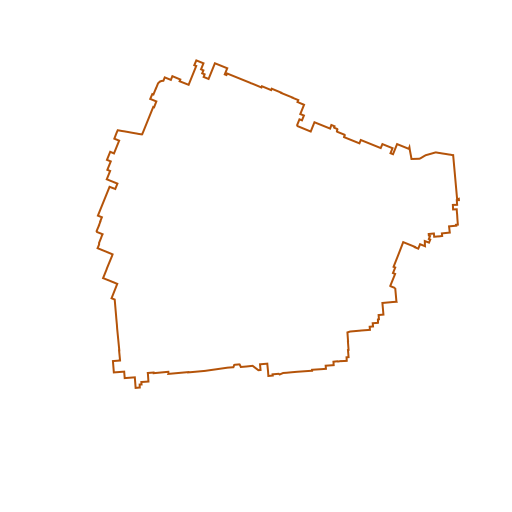 outline of Cunderdin, Western Australia, Australia, rotated 292°
{"feature_id": "25037944B27165515239628", "entity_name": "Cunderdin", "entity_type": "district", "adm_level": 2, "iso_a3": "AUS", "parent_name": "Australia", "parent_adm1": "Western Australia", "projection": "albers", "projection_center": [117.202, -31.613], "detail": "fine", "context": "isolated", "style": "outline", "palette": "amber", "viewbox_px": 512, "rotation_deg": 292, "n_neighbors": 0, "source": "geoboundaries", "source_scale": "gbopen_adm2", "svg_char_len": 5366}
<svg xmlns="http://www.w3.org/2000/svg" viewBox="0 0 512 512"><g transform="rotate(292 256 256)"><path d="M349.6,104.9L345.3,104.9L343.1,104.9L341.8,104.9L339.4,104.9L337.1,104.9L335.3,104.9L333.4,104.9L331.2,104.9L330.2,104.9L328.4,104.9L327.6,104.9L327.4,104.8L326.2,104.9L326.1,104.7L325.9,104.3L325.8,104.1L325.8,103.8L325.7,103.5L325.6,103.0L325.4,102.2L325.1,100.9L324.9,99.7L324.6,98.4L324.3,97.0L323.7,94.2L323.0,90.7L322.6,88.9L322.3,87.4L321.7,85.0L321.2,82.5L320.8,80.7L320.7,80.7L318.7,80.6L316.8,80.6L311.7,80.7L311.7,80.8L311.7,85.9L309.0,85.9L308.9,85.9L306.9,85.9L306.5,85.9L302.0,85.9L297.9,85.9L298.0,81.8L289.3,81.8L289.3,85.9L280.2,85.9L280.2,88.9L271.2,88.9L271.2,100.4L265.4,100.4L265.3,94.3L234.2,94.3L234.2,98.6L229.8,98.6L229.8,98.8L225.3,98.9L225.3,99.0L221.9,98.9L221.7,98.9L219.6,98.9L219.3,98.9L219.2,99.0L218.9,99.3L218.8,99.5L218.7,99.6L218.7,99.8L218.7,100.9L218.7,102.5L218.7,104.7L218.7,105.6L217.0,105.5L214.6,105.6L212.7,105.6L209.3,105.6L209.2,105.6L208.9,105.8L208.5,106.0L208.2,106.1L207.9,106.2L207.7,106.2L207.3,106.2L205.2,106.2L203.9,106.2L203.8,122.4L201.8,122.5L188.3,122.4L187.9,122.5L178.2,122.5L178.2,137.8L162.7,137.9L162.7,141.3L154.0,145.7L148.9,148.3L145.9,149.8L140.1,152.8L136.6,154.5L117.3,164.6L117.2,164.4L108.6,168.9L108.4,169.0L108.3,168.9L108.2,168.9L108.1,168.7L108.0,168.8L105.0,162.7L94.8,167.8L99.4,177.1L93.6,180.0L98.1,189.1L88.6,193.8L90.5,197.5L93.2,196.3L94.0,198.0L96.2,196.9L99.3,203.3L105.9,200.1L107.0,199.5L109.6,204.7L109.0,205.0L115.8,218.1L114.0,219.0L113.9,219.0L123.0,236.7L122.7,236.8L130.4,251.8L133.2,256.6L135.1,259.9L141.9,271.6L144.4,276.7L145.4,276.7L146.8,276.6L147.1,276.9L149.3,281.2L149.3,281.5L149.1,281.7L148.5,282.3L148.4,282.5L147.4,283.5L150.0,288.6L152.9,294.0L151.0,301.0L152.0,302.9L157.1,300.3L160.4,306.8L159.4,307.3L153.7,310.3L149.4,312.4L151.4,316.3L152.5,315.7L155.3,321.2L155.0,322.3L157.7,325.0L159.2,328.1L161.4,332.3L163.8,337.0L164.2,337.8L168.5,346.6L170.3,350.3L170.6,351.0L171.5,350.6L173.2,354.1L175.8,359.5L177.6,363.1L180.4,361.7L183.9,368.9L187.0,367.4L188.9,370.9L188.8,371.4L190.5,374.3L190.5,374.6L190.9,375.4L191.7,377.1L192.4,378.7L192.5,378.9L192.8,379.4L196.0,377.9L196.9,379.7L203.3,376.5L203.6,377.0L211.3,373.2L211.4,373.3L219.4,369.4L221.2,371.5L226.0,380.9L226.1,381.0L230.2,389.3L233.0,387.9L234.5,390.9L237.4,389.4L239.7,394.1L240.2,394.0L242.6,392.9L242.9,392.8L243.0,392.9L243.4,393.7L247.2,391.8L249.4,396.1L259.8,390.8L263.4,397.8L264.2,399.3L266.2,403.4L266.3,403.3L278.4,397.1L278.5,397.1L278.4,397.1L278.4,396.9L278.4,393.6L278.4,391.8L278.5,391.7L291.5,391.7L291.5,389.4L297.5,389.4L297.5,387.6L310.9,387.5L324.0,387.3L324.0,400.0L323.6,400.0L323.6,403.7L328.4,403.7L328.4,409.0L328.8,408.8L333.1,406.9L333.2,411.4L336.5,411.4L336.5,409.9L339.7,409.9L339.7,408.6L341.1,407.9L343.5,412.5L340.6,414.0L341.4,415.6L342.5,417.7L342.6,417.9L342.6,418.1L344.3,421.1L346.6,419.9L350.3,426.9L355.8,423.9L359.1,430.3L359.9,429.8L360.7,431.4L365.9,428.8L369.5,427.1L372.0,425.8L374.5,424.6L373.0,421.3L377.1,419.4L377.4,420.0L378.4,422.5L378.8,423.3L382.9,421.3L383.5,422.5L383.8,423.2L384.8,422.7L385.0,422.6L384.8,422.4L384.7,422.2L384.4,421.8L384.3,421.4L384.2,421.1L423.2,401.1L423.4,401.0L423.2,400.5L423.0,399.7L422.8,398.4L422.4,397.0L421.9,394.7L421.6,393.4L420.8,390.1L420.4,388.2L420.0,386.6L419.6,384.7L419.4,383.9L419.0,383.3L418.0,382.0L416.8,380.5L415.5,378.8L414.7,377.8L413.8,376.6L413.2,375.8L413.0,375.6L412.9,375.5L411.8,374.6L410.2,373.4L408.6,372.2L407.8,371.5L407.7,371.4L407.4,371.1L407.3,370.9L407.1,370.4L406.7,369.5L404.8,365.2L404.2,363.8L405.5,363.0L406.5,362.4L408.2,361.3L409.9,360.2L411.6,359.1L412.8,358.4L414.3,357.5L412.6,357.5L412.6,344.9L401.7,344.9L401.7,342.2L407.1,342.2L407.1,331.3L402.8,331.2L402.8,309.7L399.2,309.7L399.2,303.7L399.2,299.0L399.2,293.6L399.2,293.4L399.2,293.1L399.7,293.0L401.1,293.1L401.4,293.0L401.5,292.9L401.6,292.7L401.6,292.4L401.6,284.8L401.6,284.7L401.8,284.4L402.0,284.2L403.7,284.1L403.8,284.1L404.0,284.0L404.1,283.9L404.2,283.6L404.2,280.9L404.2,280.5L404.3,280.4L404.5,280.2L405.7,280.2L405.7,277.4L405.7,277.2L405.7,276.8L401.9,277.0L401.9,266.2L401.9,262.9L401.9,261.3L401.9,260.8L401.9,260.1L391.9,260.1L392.0,245.1L391.9,245.1L397.9,245.1L398.0,245.1L399.0,245.1L399.0,247.8L404.2,247.8L404.2,243.9L404.7,243.9L414.2,243.9L414.3,236.8L416.4,236.8L416.4,230.5L416.6,230.5L416.6,218.2L416.9,218.2L417.0,207.9L415.5,207.9L415.6,197.9L414.3,197.9L414.4,190.5L414.4,187.9L414.4,187.5L414.3,186.9L414.3,186.6L414.3,186.2L414.4,185.8L414.4,185.6L414.4,180.9L414.4,176.2L414.4,174.3L414.4,173.6L414.4,171.5L414.4,169.7L414.4,167.9L414.4,165.8L414.4,163.1L414.4,161.1L414.4,160.9L414.2,160.8L412.7,160.8L412.7,159.0L419.3,159.0L419.3,145.8L419.3,145.7L402.4,145.7L402.4,140.4L405.2,140.3L405.2,137.7L408.4,137.7L408.5,135.1L415.0,135.1L415.0,127.4L409.8,127.3L409.8,129.4L389.5,129.4L389.4,119.7L391.3,119.7L391.4,111.1L387.4,111.1L387.4,104.5L383.8,104.5L383.5,104.1L383.2,103.3L382.8,102.7L382.7,102.7L382.4,102.3L382.2,102.1L382.1,101.9L381.9,101.8L381.9,101.7L380.9,101.2L380.4,100.9L379.9,100.7L379.6,100.6L379.3,100.5L379.1,100.5L378.8,100.5L373.8,100.5L373.8,100.4L367.3,100.4L367.3,99.2L362.0,99.1L362.0,105.7L355.7,105.8L355.7,105.6L355.7,105.2L355.7,104.9L354.8,104.9L353.5,104.9L351.6,104.9L349.6,104.9Z" fill="none" stroke="#b45309" stroke-width="2"/></g></svg>